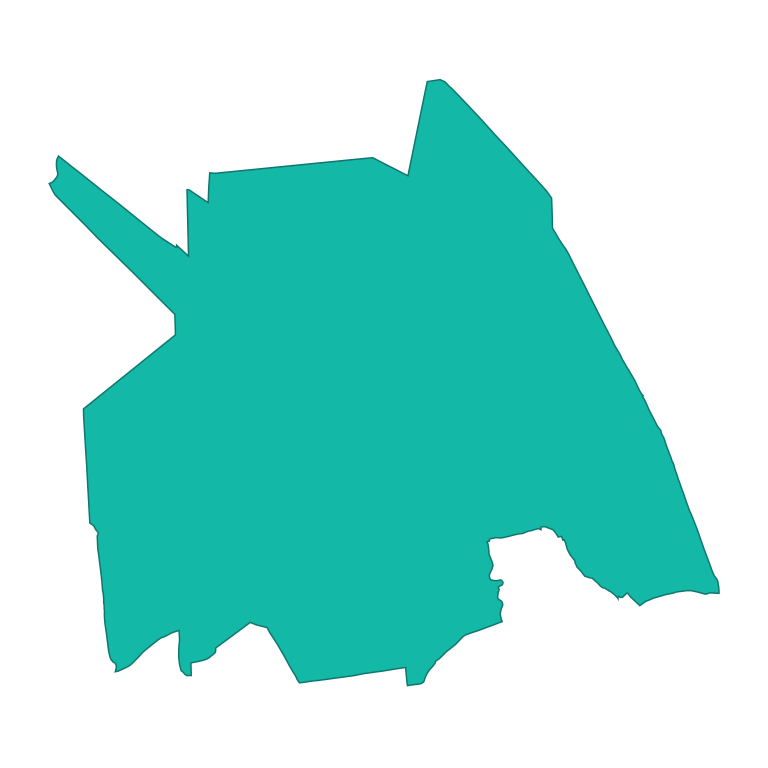 Bolintin-Deal, Giurgiu, Romania (Equal Earth projection), rotated 268°
{"feature_id": "2599482B7504561423592", "entity_name": "Bolintin-Deal", "entity_type": "district", "adm_level": 2, "iso_a3": "ROU", "parent_name": "Romania", "parent_adm1": "Giurgiu", "projection": "equal_earth", "projection_center": [25.812, 44.45], "detail": "fine", "context": "isolated", "style": "filled", "palette": "teal", "viewbox_px": 768, "rotation_deg": 268, "n_neighbors": 0, "source": "geoboundaries", "source_scale": "gbopen_adm2", "svg_char_len": 6067}
<svg xmlns="http://www.w3.org/2000/svg" viewBox="0 0 768 768"><g transform="rotate(268 384 384)"><path d="M163.1,711.5L166.6,711.6L168.7,711.4L169.8,711.4L170.9,711.2L173.2,710.9L174.5,710.8L175.6,710.5L176.4,710.2L177.2,709.9L177.9,709.4L180.1,707.8L181.6,707.1L183.3,706.3L184.6,705.8L186.3,705.2L187.6,704.8L189.8,704.1L192.7,703.2L195.3,702.3L204.0,699.4L206.9,698.4L209.4,697.6L213.3,696.4L217.4,695.1L224.1,693.1L226.5,692.3L231.3,690.7L238.4,688.2L243.3,686.4L246.3,685.1L249.1,684.1L251.3,683.5L253.9,682.6L259.5,680.9L262.6,680.0L268.6,678.0L272.7,676.7L275.4,675.9L278.3,674.9L281.6,674.0L283.6,673.4L288.3,671.9L293.1,670.8L295.6,670.0L296.5,669.3L299.6,668.5L304.4,666.8L306.7,666.1L310.2,664.8L313.5,663.8L317.5,662.7L320.3,661.8L322.8,660.5L324.5,659.7L326.4,659.2L327.9,659.1L329.8,657.6L331.3,656.4L334.0,655.0L337.2,653.5L340.9,651.8L343.5,650.5L347.8,648.5L352.1,646.7L354.5,645.8L357.8,644.4L360.3,643.2L361.7,642.2L362.6,641.9L363.1,642.7L364.4,641.6L365.8,640.6L368.9,639.0L373.0,637.2L378.3,635.0L382.6,632.7L387.2,630.2L390.3,628.5L391.8,627.5L397.3,624.7L398.5,624.0L400.0,623.2L401.7,622.5L403.9,621.5L406.2,620.4L408.2,619.4L410.4,618.1L411.8,617.3L414.3,616.0L417.1,614.7L422.3,612.5L425.6,610.8L428.2,609.7L429.7,609.0L430.9,608.4L432.7,607.5L433.7,607.0L464.6,592.7L472.0,589.4L478.4,586.4L497.4,577.6L507.2,573.2L512.8,570.2L515.1,568.6L519.4,565.9L523.4,563.5L527.4,561.4L530.6,559.7L533.8,557.8L545.1,558.0L563.9,558.0L571.2,553.2L578.3,547.3L599.5,529.1L617.2,514.2L622.8,509.2L628.9,503.9L643.9,491.3L648.2,487.6L652.6,483.7L657.9,479.1L671.5,467.0L677.2,461.8L678.7,460.0L682.3,456.9L683.9,455.4L686.2,450.7L684.7,437.8L669.6,434.1L591.3,415.2L592.3,413.4L594.7,408.9L597.4,404.2L604.7,391.0L610.6,380.5L610.4,378.3L609.5,363.1L600.5,223.3L600.5,222.4L601.1,217.2L586.3,215.7L571.5,214.6L573.2,212.0L585.1,195.6L585.0,193.9L518.6,193.1L529.9,181.6L528.5,181.6L528.8,181.2L527.9,180.6L532.8,173.7L537.2,167.3L540.1,163.7L554.3,147.2L569.4,129.8L577.3,120.6L587.3,108.7L605.1,88.0L612.6,79.0L617.9,72.9L623.1,66.6L620.5,65.2L618.5,64.6L617.0,64.4L614.6,64.3L612.0,64.3L610.2,64.5L607.1,65.1L606.0,65.3L604.5,65.2L602.7,64.5L600.9,63.1L600.0,62.3L598.7,61.2L597.6,59.9L597.1,59.1L596.0,56.4L587.3,60.3L584.3,62.0L552.6,91.5L539.9,102.9L502.7,138.4L487.4,152.6L460.9,177.4L440.4,177.3L369.6,82.8L362.7,82.7L336.6,83.3L313.3,84.0L262.6,85.0L255.2,85.2L253.9,87.2L252.5,88.8L250.6,89.9L248.4,90.9L246.2,92.7L245.4,93.2L244.2,93.1L243.0,92.7L242.2,92.1L229.5,92.2L222.1,93.0L212.6,93.8L209.8,94.1L201.7,94.8L195.7,95.2L187.9,95.5L186.7,95.6L184.4,96.1L180.4,96.3L178.6,96.4L177.3,96.3L175.6,96.2L173.8,96.4L172.4,96.6L169.1,96.5L167.3,96.7L164.3,96.6L162.9,96.5L159.8,96.5L154.1,96.8L149.7,97.3L142.7,98.1L131.7,99.0L127.0,99.5L122.7,100.2L119.2,101.1L117.7,101.9L115.2,103.9L114.8,105.1L114.4,105.6L113.3,106.1L111.9,106.6L110.1,106.6L105.8,105.4L106.1,107.0L106.3,108.3L108.1,112.7L109.7,116.4L110.7,118.5L111.6,120.1L113.7,122.8L118.7,128.1L123.9,133.2L125.9,135.5L136.0,149.0L138.1,152.5L139.4,156.4L142.8,163.3L144.9,170.5L135.5,170.8L129.8,170.0L125.2,169.6L118.1,169.3L110.6,169.9L104.6,171.3L102.8,173.4L100.9,174.8L99.5,176.6L99.4,181.2L112.0,181.3L113.2,188.8L114.0,192.7L114.9,196.2L116.2,199.2L119.2,203.1L120.9,205.3L121.6,206.0L123.5,206.5L125.1,206.5L125.9,206.4L150.4,242.0L147.6,248.3L144.7,258.6L139.1,261.4L127.5,268.4L114.9,275.1L103.2,280.9L94.8,285.7L91.3,287.1L88.3,289.1L88.7,293.7L89.5,300.4L90.0,305.8L89.9,307.6L90.3,310.2L90.7,314.8L91.1,318.7L91.4,321.6L92.3,330.7L93.7,344.6L94.2,347.2L95.2,353.3L95.6,357.1L96.0,360.8L96.5,365.5L96.8,369.1L97.1,372.1L97.9,378.3L98.9,386.1L99.8,394.1L99.7,395.7L85.3,396.5L81.8,396.9L82.1,399.7L82.4,403.1L82.7,405.1L82.7,406.9L83.0,409.0L83.2,410.3L83.9,411.8L85.1,413.4L87.3,414.2L90.6,415.6L93.5,417.2L96.5,419.3L99.5,422.2L102.8,425.1L105.1,425.9L105.7,426.7L107.0,429.0L109.6,432.0L114.5,437.2L117.7,441.7L121.6,446.8L126.0,451.3L128.8,454.1L129.6,455.3L130.7,457.6L133.0,465.1L134.0,468.7L139.0,483.7L141.9,492.2L142.4,493.8L143.8,493.3L145.5,492.9L147.5,492.5L149.9,492.2L151.0,492.3L152.2,492.6L154.1,493.0L154.9,493.2L156.3,493.9L157.6,494.4L158.8,494.9L160.0,494.9L161.1,494.7L162.1,494.3L163.0,493.6L163.7,492.7L164.8,491.1L165.4,490.4L165.6,490.4L166.3,490.2L167.5,490.2L168.8,490.3L171.7,490.9L173.3,491.5L174.1,491.8L174.7,491.9L175.3,491.7L176.0,491.4L176.7,491.2L177.3,491.2L178.4,493.8L178.8,494.5L179.1,495.1L179.5,495.4L179.9,495.6L180.5,495.8L181.2,496.0L181.9,495.9L182.7,495.5L183.5,494.7L184.1,493.8L184.1,493.3L183.7,491.4L183.5,489.1L183.8,487.1L184.2,485.0L184.4,484.5L184.8,483.8L185.3,483.4L185.9,483.1L186.7,482.8L187.7,482.6L189.3,482.6L190.2,482.9L192.8,484.1L195.1,485.3L197.1,486.1L198.2,486.4L199.0,486.5L200.5,486.3L201.7,486.1L203.7,485.4L205.3,484.8L207.3,484.2L209.2,483.4L210.6,483.0L213.5,483.0L218.1,482.6L219.7,482.4L221.0,482.1L222.6,481.4L223.2,483.7L223.8,484.1L224.4,483.9L224.8,483.9L225.1,484.0L225.4,484.3L225.6,484.8L225.8,485.8L226.1,487.9L226.4,489.2L226.5,490.6L226.4,491.8L226.3,493.1L226.1,494.5L226.1,496.1L226.3,497.7L227.5,503.9L228.3,507.3L229.3,512.3L229.7,514.8L229.6,515.8L229.7,516.9L230.0,518.1L230.5,519.2L231.1,520.9L231.6,522.0L231.8,522.8L232.0,523.6L232.1,524.5L232.1,525.3L232.3,525.9L232.9,528.1L233.7,531.3L234.0,532.7L234.0,533.5L234.0,534.1L233.4,534.7L233.0,535.4L232.9,535.8L235.7,536.0L235.8,539.9L232.4,547.9L228.7,550.7L225.0,552.7L225.5,556.2L221.7,557.3L222.2,558.5L219.1,559.8L212.3,561.5L206.7,564.1L200.6,568.6L198.8,568.7L194.2,570.6L190.1,574.3L185.0,577.9L182.9,583.4L183.0,584.9L178.2,589.9L177.5,590.8L175.5,592.3L174.5,593.3L173.7,594.2L173.0,595.0L172.7,595.9L172.4,597.0L172.0,597.9L171.0,599.4L169.5,601.5L169.8,601.7L168.4,603.4L166.8,605.4L165.0,607.4L162.0,610.1L161.4,610.4L162.9,610.5L163.6,611.3L162.5,612.8L162.5,614.9L166.5,619.3L166.3,620.3L161.9,623.5L161.1,624.5L153.6,631.9L157.7,638.2L160.6,646.0L163.9,659.0L164.9,665.7L165.9,668.6L166.9,679.2L166.8,683.7L165.3,689.6L162.7,698.1L163.9,702.5L163.1,711.5Z" fill="#14b8a6" stroke="#0f766e" stroke-width="1.5"/></g></svg>